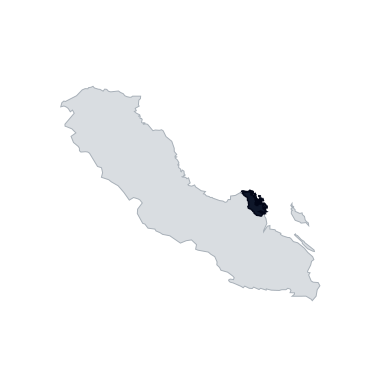 Sweden, with Stockholm highlighted, rotated 292°
{"feature_id": "SWE-194", "entity_name": "Stockholm", "entity_type": "County", "adm_level": 1, "iso_a3": "SWE", "parent_name": "Sweden", "parent_adm1": "", "projection": "albers", "projection_center": [18.361, 59.539], "detail": "fine", "context": "in_parent", "style": "filled", "palette": "ink", "viewbox_px": 384, "rotation_deg": 292, "n_neighbors": 0, "source": "natural_earth", "source_scale": "10m", "svg_char_len": 9424}
<svg xmlns="http://www.w3.org/2000/svg" viewBox="0 0 384 384"><g transform="rotate(292 192 192)"><path d="M125.7,260.4L126.3,263.3L128.4,263.2L129.4,261.2L131.0,255.1L130.3,248.1L132.3,245.9L133.8,242.3L136.6,241.4L140.6,237.3L141.3,232.9L142.4,229.6L140.3,219.3L140.3,216.8L144.9,215.9L147.4,209.5L144.7,204.9L140.3,200.4L143.1,187.8L141.7,180.6L142.3,177.7L142.4,173.2L143.7,171.5L142.0,164.7L144.6,160.4L144.5,158.0L151.5,149.4L155.7,148.0L163.2,150.0L165.2,146.5L165.4,144.5L165.0,139.9L161.0,136.9L166.1,129.0L170.1,121.2L171.2,113.4L172.2,110.1L171.7,102.5L176.4,101.9L180.6,99.0L180.3,94.8L189.6,82.4L190.0,80.2L189.4,78.0L187.4,74.0L188.1,72.2L190.4,71.2L191.6,69.6L193.5,63.6L198.3,59.0L203.3,62.2L205.6,56.9L205.5,49.6L207.3,48.8L220.9,53.3L223.2,50.5L220.8,49.1L223.0,46.1L223.6,44.3L223.8,42.2L223.7,41.0L221.8,38.4L226.0,37.9L228.3,39.1L228.5,40.7L238.0,48.9L245.5,51.9L247.8,54.2L248.7,56.8L249.9,56.9L251.4,59.3L252.9,60.6L251.9,62.5L252.2,66.5L252.7,68.3L252.2,71.8L254.7,72.5L255.2,74.5L254.1,76.8L254.4,79.1L258.1,86.0L257.5,88.4L257.4,91.4L256.1,93.6L256.0,95.9L256.5,98.8L257.1,100.1L258.6,101.0L261.6,108.5L259.2,109.2L257.2,108.3L252.9,109.6L251.8,110.8L248.3,108.0L246.5,109.9L245.1,108.4L244.2,111.0L244.0,114.5L242.4,114.3L243.1,115.5L241.0,116.1L240.8,116.7L241.3,117.5L240.7,118.6L237.7,119.1L237.4,120.2L238.3,121.5L238.3,122.4L236.4,121.2L237.8,123.6L238.1,125.5L234.2,132.8L235.7,134.7L237.0,138.7L238.3,140.5L237.9,142.4L233.6,147.2L231.4,154.3L225.9,159.1L222.9,160.4L221.1,163.8L218.8,162.8L218.8,164.7L217.3,163.5L216.2,166.5L214.1,169.0L211.9,168.6L211.6,169.0L212.3,169.7L209.7,170.4L208.9,173.0L207.0,173.7L206.7,174.5L208.7,174.7L208.3,176.8L206.0,177.9L205.2,179.2L204.2,179.2L204.4,178.2L202.9,178.2L202.5,177.0L202.2,177.3L203.2,180.8L202.4,182.2L203.8,183.5L199.7,186.9L197.2,185.5L196.8,186.6L197.3,189.5L199.5,191.8L198.1,193.3L196.6,200.1L197.5,204.3L194.6,203.3L194.8,204.9L193.8,206.7L194.2,209.4L193.8,211.1L194.5,212.7L194.1,213.5L194.4,220.9L195.2,224.1L194.8,226.6L196.0,228.0L198.6,228.4L199.4,230.5L202.7,229.3L205.0,233.4L209.4,236.9L209.2,239.2L212.0,240.9L213.7,244.0L214.4,246.6L214.2,248.2L209.7,252.6L206.2,255.5L202.6,257.3L202.8,258.0L204.5,258.3L208.9,256.2L210.2,258.0L207.8,258.9L207.3,261.4L206.3,263.0L196.5,268.6L195.2,270.4L190.8,273.2L183.0,272.8L181.8,273.3L188.5,274.7L190.1,276.8L186.8,278.1L188.1,283.1L187.2,284.3L187.0,289.9L185.8,289.9L185.3,292.2L185.7,297.8L186.3,299.3L186.0,300.9L184.0,304.6L184.5,309.1L182.0,317.2L179.4,321.9L177.2,328.1L175.0,330.3L172.5,328.8L168.7,329.4L161.8,328.8L160.9,329.4L161.3,331.7L158.8,331.2L154.1,335.9L153.8,338.2L155.3,342.9L153.0,345.7L148.3,344.7L141.9,346.1L136.3,344.2L137.2,342.7L138.1,336.7L132.8,323.8L135.6,325.3L136.9,324.8L135.4,320.6L137.9,320.6L138.8,319.2L138.6,316.9L136.6,315.7L135.1,311.9L133.4,309.8L130.7,302.3L130.0,297.2L128.8,297.5L128.4,291.7L126.7,290.7L126.9,284.8L125.1,284.0L124.2,281.2L124.5,276.2L122.4,275.3L122.9,272.9L123.1,264.0L122.7,261.1L123.5,259.2L124.7,259.1L125.7,260.4ZM215.9,291.9L214.9,292.5L214.3,294.1L212.7,294.9L212.5,300.0L213.9,301.9L212.4,302.8L211.4,305.5L208.6,307.3L207.5,309.0L206.9,311.5L204.5,312.8L206.3,309.1L204.0,304.8L204.6,303.3L204.4,298.3L209.3,292.1L211.6,291.3L212.6,292.0L213.0,290.5L213.7,290.1L215.9,291.9ZM184.0,326.8L182.7,327.8L182.4,326.3L182.7,320.4L185.6,313.5L186.9,313.0L190.4,303.6L190.8,303.0L191.9,303.6L191.1,304.5L191.1,306.1L188.8,311.1L188.2,314.4L187.4,315.2L184.0,326.8ZM216.8,289.9L216.6,291.4L215.4,290.2L216.5,288.6L218.9,289.0L216.8,289.9ZM211.1,253.3L209.6,255.5L209.3,254.6L209.6,253.5L211.1,253.3ZM207.8,264.8L207.1,265.0L207.6,263.4L208.6,263.1L207.8,264.8Z" fill="#d9dde1" stroke="#a8b0b8" stroke-width="1"/><path d="M209.4,239.9L209.7,241.0L209.8,240.2L209.7,239.5L210.2,239.3L210.5,239.3L210.9,239.7L211.3,239.8L211.4,240.1L211.5,240.4L211.5,241.2L211.6,241.6L212.1,242.3L212.2,242.6L212.0,242.0L211.8,241.4L211.6,240.8L211.8,240.2L212.2,239.9L212.4,240.0L212.5,241.1L213.0,242.8L213.4,243.9L213.6,244.2L214.1,244.3L214.5,244.7L214.6,245.0L214.9,245.4L215.0,245.3L214.9,244.9L215.3,245.0L215.3,246.4L214.9,246.4L214.7,246.3L213.5,244.5L213.2,244.3L213.7,245.3L213.8,245.7L213.6,246.0L212.9,247.2L212.5,247.4L211.7,247.4L211.5,247.6L211.5,248.0L212.1,247.7L215.0,247.6L215.5,247.8L215.4,248.4L215.2,248.7L214.9,248.8L214.0,249.1L213.9,249.0L213.5,248.3L213.4,248.7L213.1,249.0L212.0,249.5L211.8,249.7L211.7,250.1L211.3,250.1L211.2,250.5L211.6,250.7L211.5,250.9L211.1,251.3L210.8,251.0L210.6,251.0L210.9,251.7L210.4,252.2L209.9,252.4L209.3,253.0L208.6,253.3L207.4,254.6L207.0,254.7L206.1,254.6L206.1,254.8L206.5,255.1L206.4,255.2L205.9,255.2L206.3,255.5L206.2,255.9L206.4,256.0L206.9,256.2L206.6,256.4L205.9,256.4L205.2,256.2L204.9,255.9L205.1,255.7L205.4,255.9L205.3,255.2L205.1,255.0L204.7,255.4L204.5,255.1L204.3,255.1L204.0,255.5L204.1,256.2L203.8,256.4L203.5,256.4L203.1,256.2L204.7,257.7L204.1,257.8L204.1,258.0L205.0,258.0L205.3,257.9L205.5,258.2L206.0,257.2L206.7,256.9L207.5,257.1L208.2,257.4L208.0,257.7L208.5,257.8L208.6,257.6L208.2,256.5L208.8,256.5L208.1,255.9L208.0,255.5L208.6,255.6L209.2,256.0L209.3,256.5L210.1,256.9L210.0,257.2L209.3,257.1L210.3,257.6L210.5,257.9L210.4,258.3L210.2,258.4L209.6,258.5L209.0,258.7L208.4,258.4L207.2,258.5L206.9,258.3L207.0,257.9L206.8,257.9L206.4,258.1L206.2,258.3L206.5,258.6L206.7,259.0L206.3,259.1L206.2,259.2L206.2,259.5L207.2,260.0L207.8,260.6L208.0,261.0L206.9,260.1L206.6,260.1L206.6,260.4L206.8,260.6L207.2,260.7L207.5,261.3L207.7,261.2L207.6,261.5L208.0,261.5L207.9,262.2L207.8,262.3L207.4,262.1L207.0,262.2L206.6,262.5L206.4,262.7L206.6,262.7L206.8,263.0L205.3,263.6L206.0,263.2L205.8,263.0L206.0,262.9L206.0,262.7L205.6,262.7L205.1,263.2L204.6,263.3L204.2,264.0L203.5,264.1L203.6,264.6L203.1,264.4L203.0,264.6L203.2,264.9L202.7,265.8L202.5,266.3L202.6,266.9L202.5,267.2L202.1,267.5L201.8,267.4L201.7,268.0L201.7,268.6L201.4,268.3L201.4,268.0L201.4,267.7L201.3,267.3L201.2,267.2L200.8,267.1L200.3,266.3L200.4,267.1L200.6,267.5L200.4,268.1L200.4,267.4L200.0,267.2L200.0,266.7L200.0,266.2L199.9,265.8L199.9,265.6L200.1,265.3L200.2,264.6L200.1,263.5L200.3,263.0L200.3,262.7L200.1,262.6L199.8,262.8L199.7,264.1L199.1,263.6L199.1,263.3L199.3,262.7L199.4,262.4L199.3,261.9L199.0,261.6L199.2,262.4L198.9,263.0L198.4,263.3L198.5,263.8L198.4,264.7L198.6,265.0L198.3,266.2L198.2,266.1L197.8,265.8L197.4,265.6L195.9,265.5L195.8,265.4L195.5,264.9L195.4,264.4L195.2,262.6L194.8,261.4L194.6,260.4L194.8,260.1L195.2,259.6L195.4,258.0L195.5,257.7L195.8,257.5L196.6,257.3L196.7,256.8L196.6,256.6L196.9,255.6L197.6,254.9L197.7,253.9L198.4,252.4L198.3,252.2L198.0,251.6L198.1,250.9L198.2,250.6L198.2,250.3L198.8,249.9L199.3,249.3L199.8,249.3L200.5,249.7L201.6,249.3L203.2,248.3L204.1,248.3L204.3,248.1L204.8,247.0L205.1,246.6L207.0,245.8L207.5,245.4L207.8,245.0L207.9,244.5L207.9,243.5L207.9,243.2L208.2,242.8L208.7,242.5L208.4,242.1L208.3,241.9L208.3,241.7L209.4,239.9ZM210.9,253.6L210.4,254.1L210.3,254.3L210.1,254.2L209.9,254.4L210.0,254.8L210.0,255.1L209.9,255.2L209.7,254.9L209.7,255.7L209.5,255.9L209.3,255.7L208.9,254.5L209.0,254.3L209.2,254.2L209.4,254.2L209.5,254.5L209.5,254.3L209.7,254.2L209.4,254.1L209.4,253.9L210.1,253.0L210.6,252.9L210.8,253.0L211.0,253.3L211.6,253.2L211.5,253.3L210.9,253.6ZM199.5,265.6L199.4,266.0L199.5,266.5L199.4,266.9L199.4,267.1L199.2,267.2L199.3,267.7L199.2,267.7L198.9,267.2L198.9,267.3L198.7,267.0L198.7,266.6L198.7,266.4L198.5,266.2L198.6,265.8L198.8,265.0L198.8,264.0L198.9,263.8L199.0,263.8L199.1,264.1L199.3,264.3L199.5,264.9L199.5,265.6ZM208.6,262.8L208.7,263.5L208.3,264.2L208.1,264.3L208.0,264.9L207.8,265.2L207.4,265.3L207.0,264.9L207.0,264.7L207.1,264.2L207.4,264.0L207.4,263.9L207.4,263.7L208.4,262.8L208.6,262.8ZM208.0,259.6L207.8,259.1L207.0,258.7L208.4,258.7L209.1,258.9L210.1,259.6L209.3,259.6L209.0,259.3L209.0,259.8L209.2,260.0L209.7,259.9L209.4,260.3L209.0,260.3L208.4,259.7L208.0,259.6ZM214.4,247.1L214.5,247.1L214.5,247.3L214.2,247.5L213.8,247.4L213.7,247.5L213.3,247.6L213.2,247.4L214.0,245.8L214.4,246.1L214.4,246.3L214.4,247.1ZM205.3,265.3L205.2,265.6L205.0,265.4L204.8,265.5L204.7,265.4L204.7,266.0L204.3,266.2L204.1,265.9L203.6,266.4L203.6,265.8L203.9,265.5L203.9,265.3L204.2,265.0L205.0,264.8L205.5,264.9L205.5,265.0L205.1,265.2L205.3,265.3ZM206.7,266.2L207.1,265.9L207.1,266.0L206.9,266.4L206.4,266.8L206.7,267.1L205.7,267.4L205.5,267.6L205.2,267.5L205.2,267.3L205.6,266.7L206.0,266.4L206.7,266.2ZM210.8,257.7L210.4,257.1L211.2,257.0L211.6,257.5L211.7,257.9L211.6,258.2L211.4,258.4L210.9,258.6L211.0,258.3L210.8,257.7ZM204.2,256.7L204.4,256.6L205.8,257.0L205.4,257.1L205.6,257.5L204.9,257.7L204.4,257.3L204.2,256.9L204.2,256.7ZM211.2,238.5L211.4,238.1L211.2,237.9L211.6,237.9L212.0,238.5L212.2,239.0L211.7,239.3L211.3,239.2L211.2,238.5ZM214.0,250.6L214.4,251.1L214.2,251.3L213.7,251.3L213.5,252.2L213.2,252.3L213.0,252.2L212.9,251.9L213.8,250.7L214.0,250.6ZM213.7,250.7L212.5,252.2L211.8,252.4L212.2,252.0L213.0,251.0L213.7,250.5L213.7,250.7ZM212.3,258.7L212.4,258.9L212.0,259.7L211.4,259.5L211.4,259.3L211.8,258.8L212.3,258.7ZM213.7,255.6L213.4,256.2L213.1,256.1L213.0,255.8L213.1,255.4L213.4,255.3L213.6,255.3L213.7,255.6ZM211.0,260.7L211.7,260.8L210.8,261.5L210.7,261.4L211.0,260.7ZM213.9,256.5L214.0,256.8L213.9,256.9L213.4,256.5L213.4,256.3L213.7,256.2L213.9,256.5ZM212.9,256.3L213.0,256.3L213.1,256.5L212.9,256.7L212.8,256.4L212.9,256.3Z" fill="#0f172a" stroke="#020617" stroke-width="1.5"/></g></svg>